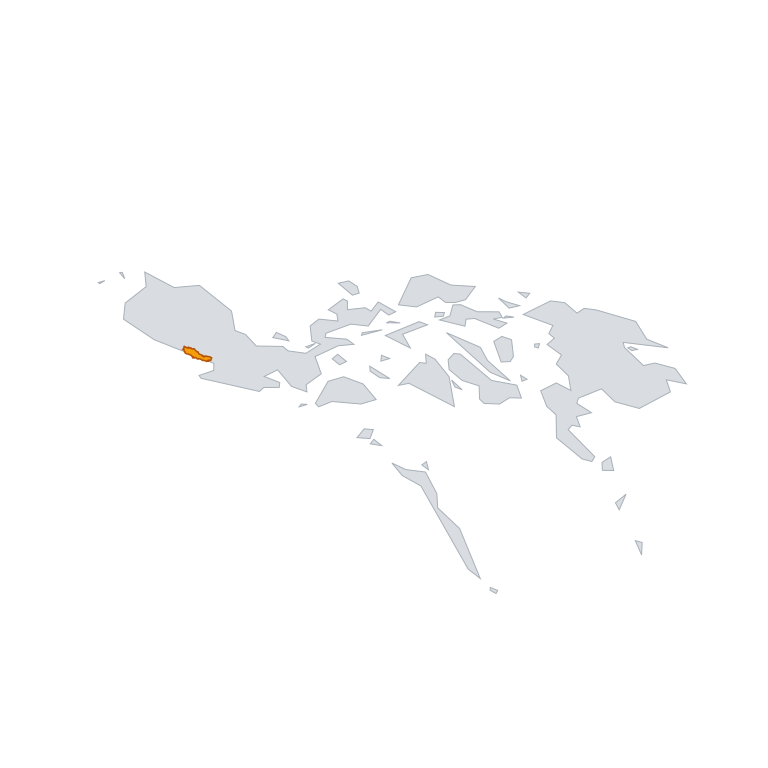 location of La Union, La Union, Philippines, rotated 292°
{"feature_id": "2640588B50881283310688", "entity_name": "La Union", "entity_type": "district", "adm_level": 2, "iso_a3": "PHL", "parent_name": "Philippines", "parent_adm1": "La Union", "projection": "equal_earth", "projection_center": [120.343, 16.561], "detail": "fine", "context": "in_parent", "style": "filled", "palette": "amber", "viewbox_px": 768, "rotation_deg": 292, "n_neighbors": 0, "source": "geoboundaries", "source_scale": "gbopen_adm2", "svg_char_len": 7378}
<svg xmlns="http://www.w3.org/2000/svg" viewBox="0 0 768 768"><g transform="rotate(292 384 384)"><path d="M362.1,113.7L385.2,127.0L398.2,120.2L394.8,153.3L406.3,175.9L394.5,215.3L377.7,225.9L378.1,236.9L371.4,251.4L380.9,276.1L378.8,282.7L383.2,300.1L397.2,310.2L396.8,301.0L410.1,293.8L419.8,299.3L425.1,317.7L431.2,314.1L431.9,304.6L447.5,314.1L447.2,319.0L439.2,322.2L447.7,338.1L446.7,344.8L457.9,347.9L455.4,367.8L449.7,362.6L451.9,353.0L431.8,347.6L427.1,330.8L409.2,311.1L405.2,312.0L411.6,332.7L409.5,341.2L402.4,327.4L383.6,309.8L370.0,322.0L354.2,312.1L347.8,315.5L347.1,299.3L357.3,280.0L346.1,270.1L346.3,286.8L341.6,288.1L335.7,273.8L330.4,271.3L320.8,212.3L322.6,209.3L332.8,221.1L339.4,218.5L339.0,154.4L346.5,118.2L362.1,113.7ZM500.6,487.0L523.5,507.4L527.1,521.2L522.0,536.4L529.1,541.2L532.2,553.1L536.3,593.9L524.0,610.8L524.0,633.9L512.2,590.2L508.0,593.2L498.3,617.7L504.9,627.3L507.5,648.1L497.4,664.3L493.7,644.2L484.0,652.5L457.0,629.9L454.0,604.7L461.0,587.5L443.8,569.6L438.3,570.0L435.1,587.1L425.8,574.6L417.8,581.9L416.1,573.6L410.6,571.9L395.6,606.6L390.0,605.8L388.7,595.9L398.7,564.1L419.9,555.1L424.2,543.3L436.4,531.8L449.5,543.3L448.0,559.7L460.6,552.0L467.1,536.2L477.4,537.8L481.7,520.4L490.3,524.8L492.5,518.0L501.6,518.6L500.6,487.0ZM432.7,507.6L422.4,516.7L418.3,505.6L408.7,498.6L403.5,484.2L405.8,478.3L417.9,472.9L416.6,455.2L421.8,439.0L430.4,434.4L438.5,437.4L440.3,443.5L427.6,482.4L432.7,507.6ZM492.6,369.4L502.0,383.7L500.8,409.0L508.6,432.1L492.7,428.0L486.4,419.7L482.7,410.5L485.1,401.7L467.7,385.3L462.8,367.7L492.6,369.4ZM388.1,397.9L417.2,408.9L419.0,415.4L427.3,411.4L426.1,422.0L415.1,441.6L389.4,457.8L394.0,406.9L388.1,397.9ZM278.3,508.3L239.7,546.1L243.9,531.4L303.3,456.4L305.9,435.3L313.7,420.9L312.8,436.1L317.9,455.4L302.2,474.0L289.3,480.2L278.3,508.3ZM340.4,327.6L365.6,331.2L375.6,343.9L376.2,364.7L366.7,382.5L356.8,370.1L348.3,342.3L338.4,332.0L340.4,327.6ZM471.9,419.6L483.1,418.3L486.2,425.2L485.9,443.3L494.0,463.6L490.1,468.6L485.2,461.0L486.5,475.2L478.7,469.5L478.7,443.4L474.8,435.8L467.9,437.4L464.2,411.5L471.9,419.6ZM434.2,500.0L434.7,478.0L455.0,422.6L454.1,459.6L444.6,471.2L434.2,500.0ZM472.8,485.7L458.0,493.7L452.1,492.6L448.3,484.4L464.6,469.8L472.3,475.5L472.8,485.7ZM429.5,367.1L455.0,393.2L455.2,402.2L437.1,382.6L427.2,394.9L429.5,367.1ZM464.4,322.7L458.9,327.0L454.5,321.4L460.3,303.9L466.4,312.7L464.4,322.7ZM401.4,621.4L389.8,629.4L385.8,618.8L393.0,615.5L401.4,621.4ZM324.2,379.1L335.0,382.4L337.7,391.2L328.1,391.4L324.2,379.1ZM387.9,326.6L394.2,329.9L390.8,340.8L385.2,335.6L387.9,326.6ZM360.6,643.1L372.5,649.7L355.5,649.2L360.6,643.1ZM507.4,480.3L501.2,471.6L506.6,457.9L506.0,466.2L507.4,480.3ZM395.2,364.1L391.2,387.3L388.3,377.7L390.7,366.4L395.2,364.1ZM332.9,675.7L333.8,682.7L322.0,686.9L332.9,675.7ZM391.5,264.9L391.1,275.2L388.4,279.6L385.4,263.5L391.5,264.9ZM413.0,445.2L407.9,458.6L407.8,450.8L413.0,445.2ZM328.9,395.3L326.0,404.9L323.4,393.7L328.9,395.3ZM472.9,413.3L469.0,413.6L465.1,405.9L469.8,405.0L472.9,413.3ZM409.7,370.9L409.7,379.7L404.0,372.5L409.7,370.9ZM522.7,485.1L517.0,483.5L519.5,474.1L522.7,485.1ZM423.4,344.6L433.6,362.1L420.7,344.9L423.4,344.6ZM328.0,452.4L321.2,457.3L323.1,449.4L328.0,452.4ZM443.3,507.3L442.0,514.8L438.2,511.0L443.3,507.3ZM444.4,365.9L446.7,376.2L441.6,363.2L444.4,365.9ZM235.2,566.8L231.7,566.3L232.5,559.6L235.2,558.8L235.2,566.8ZM479.7,513.1L475.2,513.6L474.8,509.6L477.5,508.8L479.7,513.1ZM511.1,606.0L507.8,601.3L508.8,596.5L511.0,598.9L511.1,606.0ZM334.4,314.8L336.4,320.6L331.1,313.9L334.4,314.8ZM492.9,471.7L494.7,479.5L489.8,470.0L492.9,471.7ZM389.5,99.5L384.5,104.2L388.1,97.2L389.5,99.5ZM396.0,305.2L389.1,300.6L389.2,297.6L396.0,305.2ZM371.0,81.1L375.3,86.4L370.5,82.8L371.0,81.1Z" fill="#d9dde1" stroke="#a8b0b8" stroke-width="1"/><path d="M345.5,195.0L345.4,194.8L345.4,194.6L345.5,194.5L345.5,194.3L345.3,194.0L345.0,193.9L344.9,193.8L344.8,193.6L344.8,193.4L344.6,193.1L344.5,192.8L344.8,192.6L344.9,192.2L345.0,191.9L345.1,191.6L345.0,191.4L344.9,191.3L344.8,191.2L345.0,190.9L345.0,190.6L344.9,190.4L344.8,190.5L344.7,190.5L344.6,190.4L344.5,190.2L344.7,189.9L344.8,189.9L344.8,189.7L344.7,189.8L344.7,189.7L344.5,189.4L344.4,189.6L344.2,189.6L344.1,189.4L344.3,189.2L344.6,189.1L344.6,188.8L344.4,188.6L344.3,188.3L344.2,188.2L343.9,188.2L343.7,188.0L343.7,187.7L343.8,187.5L343.8,187.2L343.7,187.0L343.7,186.9L343.8,186.6L343.8,186.4L344.0,186.2L343.8,185.9L343.9,185.4L344.1,185.0L344.0,184.9L344.0,184.6L343.9,184.6L343.7,184.7L343.5,184.9L343.2,185.1L342.8,184.8L342.5,184.7L342.3,184.7L342.1,184.9L341.8,185.0L341.6,185.1L341.5,185.3L341.4,185.3L341.2,185.3L341.0,185.0L340.9,184.8L340.9,184.6L340.7,184.4L340.6,184.6L340.5,184.8L340.4,185.2L340.4,185.3L340.4,185.5L340.4,185.9L340.3,186.1L340.1,186.3L339.5,187.1L339.1,187.4L338.7,187.5L338.4,187.8L338.3,188.0L338.2,188.3L338.3,188.5L338.2,188.7L338.1,188.9L338.1,189.0L338.1,189.3L338.0,189.5L338.1,189.8L338.2,190.3L338.2,190.5L338.2,190.8L338.2,190.7L338.3,190.9L338.3,191.0L338.3,191.5L338.3,191.8L338.3,192.0L338.5,192.0L338.5,192.7L338.4,193.1L338.4,193.3L338.4,193.5L338.3,193.8L338.4,194.0L338.4,194.6L338.3,194.9L338.2,195.0L337.9,195.3L337.8,195.5L337.6,195.8L337.5,196.0L337.5,196.3L337.6,196.5L337.7,197.0L337.5,197.3L337.4,197.4L337.3,197.5L337.2,197.5L337.2,197.4L337.2,197.5L337.1,197.4L337.1,197.5L337.1,197.4L337.1,197.5L337.0,197.4L336.9,197.2L337.0,197.1L336.9,197.1L336.7,196.8L336.5,197.0L336.6,197.3L336.8,197.5L337.0,197.6L337.2,197.8L337.3,198.2L337.3,198.3L337.2,198.5L337.3,198.7L337.5,198.7L337.8,198.8L337.9,199.2L337.9,199.5L337.8,199.8L337.8,200.3L337.7,200.7L337.5,201.0L337.4,201.3L337.4,201.8L337.4,202.0L337.4,202.3L337.6,202.4L337.8,202.4L337.9,202.5L338.0,202.6L338.0,202.9L338.1,203.0L338.2,203.4L338.3,204.6L338.3,205.0L338.3,205.4L338.2,205.9L338.0,206.4L338.0,206.6L337.9,206.6L337.9,206.8L337.9,207.1L338.0,207.2L338.2,207.4L338.2,207.5L338.2,207.9L338.4,208.2L338.6,208.5L338.5,209.1L338.5,209.8L338.5,210.2L338.5,210.4L338.5,210.6L338.6,210.8L338.7,211.3L339.0,211.6L339.1,212.2L339.2,212.3L339.3,212.4L339.5,212.6L339.5,212.9L339.6,213.0L339.8,213.0L339.8,212.9L339.7,212.9L339.5,212.5L339.4,212.4L339.4,212.2L339.2,212.0L339.2,211.9L339.3,211.8L339.2,211.7L339.3,211.7L339.5,211.6L339.6,211.8L339.8,212.0L339.8,211.9L339.8,212.0L340.0,212.2L339.9,212.2L339.9,212.3L340.1,212.3L340.3,212.4L340.3,212.5L340.2,212.6L340.3,212.5L340.4,212.8L340.5,212.9L340.5,213.0L340.4,213.0L340.5,213.0L340.6,213.5L340.8,214.2L340.8,214.3L340.9,214.5L341.2,214.6L341.3,214.5L342.0,214.5L342.3,214.4L342.4,214.5L343.4,214.4L343.7,214.4L343.7,214.1L343.6,213.9L343.7,213.7L343.8,213.5L343.8,213.4L343.9,213.2L344.0,212.6L343.9,212.1L343.9,211.9L343.8,211.5L343.7,211.0L343.6,210.8L343.5,210.7L343.4,209.9L343.4,209.5L343.2,209.1L343.3,209.0L343.3,208.9L343.3,208.7L342.9,208.5L342.8,208.4L342.8,208.1L343.0,208.0L342.5,207.1L341.7,206.9L341.8,206.8L341.9,206.7L342.0,206.5L342.0,206.4L342.0,206.2L341.9,206.0L341.9,205.9L342.0,206.0L342.0,205.9L342.1,205.7L342.4,205.5L342.5,205.4L342.4,205.3L342.5,205.3L342.5,205.2L342.5,204.9L342.6,204.2L342.6,203.2L342.6,202.8L342.6,202.6L342.4,202.0L342.5,201.7L342.8,201.1L342.8,200.9L343.1,200.4L343.3,200.2L343.9,200.0L343.9,199.9L344.0,199.6L343.9,199.5L343.9,199.4L344.0,199.2L343.8,199.1L344.0,198.1L344.7,196.3L345.5,195.0Z" fill="#f59e0b" stroke="#b45309" stroke-width="1.5"/></g></svg>